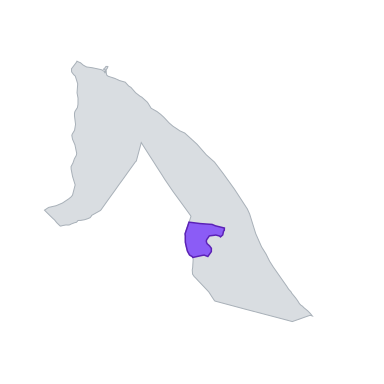 Bakool highlighted on a map of Somalia, rotated 285°
{"feature_id": "SOM-2312", "entity_name": "Bakool", "entity_type": "Region", "adm_level": 1, "iso_a3": "SOM", "parent_name": "Somalia", "parent_adm1": "", "projection": "robinson", "projection_center": [43.857, 4.102], "detail": "fine", "context": "in_parent", "style": "filled", "palette": "violet", "viewbox_px": 384, "rotation_deg": 285, "n_neighbors": 0, "source": "natural_earth", "source_scale": "10m", "svg_char_len": 3148}
<svg xmlns="http://www.w3.org/2000/svg" viewBox="0 0 384 384"><g transform="rotate(285 192 192)"><path d="M103.5,338.5L103.2,337.6L101.4,334.9L98.0,330.0L95.4,326.2L92.8,322.4L92.8,319.3L92.8,310.2L92.7,291.9L92.6,273.6L92.6,255.4L92.6,246.2L92.6,242.5L92.8,241.9L95.8,238.5L99.8,234.1L105.0,225.7L107.8,221.1L110.2,217.3L110.8,216.1L112.8,213.8L116.8,212.4L119.2,212.2L127.5,210.5L128.8,209.8L129.5,209.0L130.2,207.2L131.8,204.6L133.9,202.8L137.9,200.5L141.8,198.6L142.7,198.3L147.4,197.0L148.5,196.6L150.4,196.2L151.2,196.2L157.7,196.6L162.8,197.0L168.1,197.3L168.6,197.0L172.3,192.5L178.1,185.3L181.9,180.6L187.6,173.5L192.0,168.4L196.9,162.7L201.7,157.5L207.4,151.2L211.0,147.3L216.6,141.1L221.9,135.3L226.6,130.2L220.1,130.2L213.7,130.2L207.5,130.2L206.4,129.5L201.1,127.5L194.5,125.0L186.2,121.9L180.3,119.6L174.0,117.3L167.7,114.9L162.7,113.0L156.5,110.7L151.1,108.7L150.3,108.2L147.3,105.1L143.4,101.1L142.6,101.0L140.8,100.2L139.1,98.0L137.3,95.2L135.7,91.7L135.0,89.3L132.9,88.3L131.9,86.5L129.9,83.7L128.6,82.3L128.1,81.2L127.5,78.7L126.3,76.1L125.3,74.4L125.0,73.7L125.1,73.3L127.1,69.7L128.0,68.4L129.0,67.1L129.8,65.9L130.1,65.1L132.5,60.8L134.6,57.1L136.3,54.2L140.0,57.5L143.6,64.3L147.8,69.7L153.6,74.8L156.0,76.5L158.0,77.4L168.6,77.3L176.1,72.6L182.9,69.3L185.2,68.6L189.2,69.5L193.6,69.8L197.5,70.8L199.5,70.6L207.3,66.7L212.1,62.9L215.5,61.3L216.8,61.3L221.3,62.6L227.2,62.0L235.1,58.8L237.7,58.1L239.6,58.1L244.0,59.5L244.6,59.4L247.0,59.2L253.2,57.6L258.0,55.3L266.9,53.6L273.7,49.3L274.8,47.2L276.9,44.6L279.8,43.7L287.4,46.8L288.6,47.0L288.2,48.9L288.0,50.8L286.4,54.1L285.5,57.8L286.2,63.4L286.7,72.5L286.5,73.8L286.0,75.1L285.8,76.1L285.0,76.5L284.6,77.1L285.2,77.3L287.6,76.3L287.5,75.2L287.7,74.7L289.6,75.9L291.0,76.4L291.4,77.6L291.3,78.4L289.1,78.0L288.0,77.4L284.7,78.4L282.7,79.5L282.1,81.2L281.7,88.4L280.9,93.0L280.8,99.1L278.1,103.2L277.2,106.0L273.3,111.8L271.2,116.7L270.6,119.0L267.1,125.8L262.3,130.9L260.6,137.5L258.9,141.6L257.0,145.3L252.8,152.0L250.6,156.6L247.9,164.6L247.1,169.7L239.5,184.4L231.6,196.2L226.7,206.0L217.8,217.5L205.7,232.3L189.9,249.9L185.6,253.4L168.3,264.3L157.0,273.4L151.3,279.5L145.2,284.9L140.5,290.0L126.0,307.3L124.5,309.0L123.1,310.5L121.3,313.4L120.0,314.6L116.5,319.5L114.4,322.1L112.0,324.6L110.9,326.4L110.2,328.5L109.4,329.6L107.2,334.5L105.3,337.7L103.4,340.3L103.5,338.5Z" fill="#d9dde1" stroke="#a8b0b8" stroke-width="1"/><path d="M150.0,196.1L151.2,196.2L152.2,196.3L153.2,196.3L154.2,196.4L155.2,196.5L156.2,196.5L157.1,196.6L158.1,196.7L159.1,196.7L160.1,196.8L161.1,196.8L162.1,196.9L163.6,207.9L165.0,215.3L165.9,219.8L165.4,223.3L165.6,232.6L163.3,233.1L162.3,232.6L158.5,232.8L156.0,231.1L156.6,230.0L156.6,226.1L156.2,225.3L154.1,220.1L149.7,218.5L148.3,218.5L146.6,219.4L145.9,220.1L144.5,222.9L142.6,225.3L139.4,226.1L133.8,224.0L134.2,220.1L133.4,218.3L129.4,210.5L129.0,209.7L129.6,209.0L129.9,208.3L130.2,206.8L130.5,206.0L130.6,205.8L130.8,205.6L132.2,204.3L133.8,202.8L136.0,201.6L138.2,200.4L140.3,199.3L141.6,198.6L143.8,198.0L145.2,197.6L147.1,197.1L147.7,197.0L149.3,196.3L150.0,196.1Z" fill="#8b5cf6" stroke="#5b21b6" stroke-width="1.5"/></g></svg>